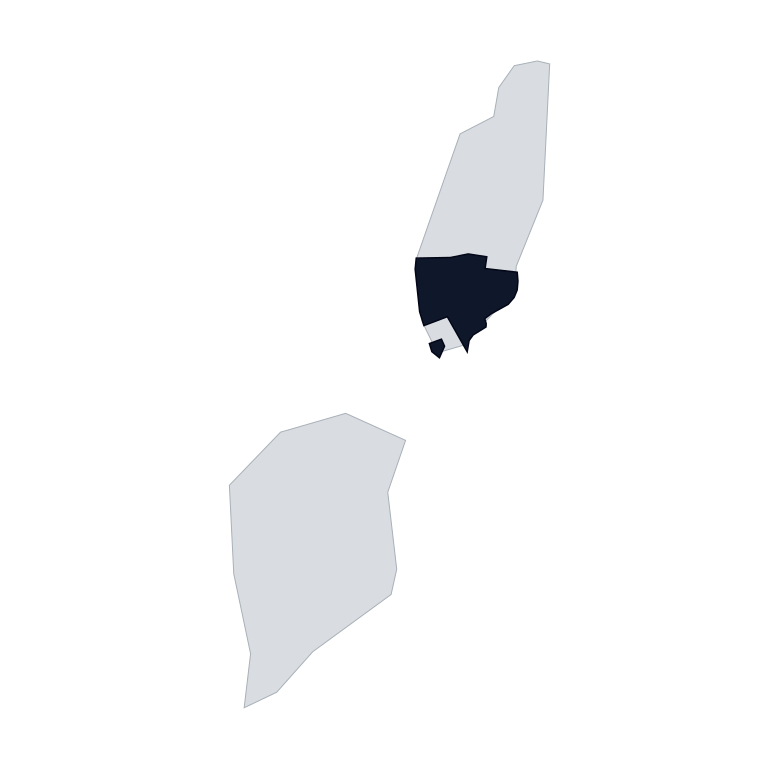 location of A'ana within Samoa, rotated 273°
{"feature_id": "WSM-4985", "entity_name": "A'ana", "entity_type": "state/province", "adm_level": 1, "iso_a3": "WSM", "parent_name": "Samoa", "parent_adm1": "", "projection": "mercator", "projection_center": [-171.958, -13.906], "detail": "fine", "context": "in_parent", "style": "filled", "palette": "ink", "viewbox_px": 768, "rotation_deg": 273, "n_neighbors": 0, "source": "natural_earth", "source_scale": "10m", "svg_char_len": 893}
<svg xmlns="http://www.w3.org/2000/svg" viewBox="0 0 768 768"><g transform="rotate(273 384 384)"><path d="M274.8,234.9L330.5,283.2L352.7,347.2L328.8,408.5L276.1,393.4L199.7,406.4L174.2,402.1L113.0,326.9L70.6,293.0L53.4,261.3L107.6,264.9L186.6,243.9L274.8,234.9ZM712.3,532.7L575.9,533.1L508.5,509.9L484.6,509.7L426.8,461.1L417.9,435.6L448.3,418.8L511.3,410.0L637.8,446.9L656.9,479.6L686.1,483.1L708.7,497.4L714.6,520.3L712.3,532.7Z" fill="#d9dde1" stroke="#a8b0b8" stroke-width="1"/><path d="M444.4,420.8L458.0,415.8L500.3,409.1L511.4,409.6L513.8,443.7L518.3,461.3L516.4,480.0L504.6,478.9L502.6,511.2L493.7,512.4L484.9,512.1L477.2,509.4L470.1,503.9L459.7,487.3L454.5,481.2L449.7,482.9L446.3,482.9L437.6,470.4L431.8,466.7L420.5,465.4L454.5,443.7L444.4,420.8ZM413.1,438.0L418.8,430.1L426.8,427.2L431.8,439.0L424.9,442.5L413.1,438.0Z" fill="#0f172a" stroke="#020617" stroke-width="1.5"/></g></svg>